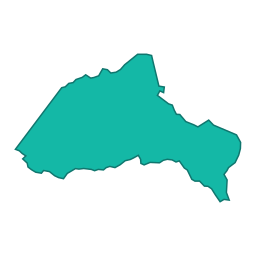 Gramado dos Loureiros, Rio Grande do Sul, Brazil (Mercator projection)
{"feature_id": "56859067B9692352624566", "entity_name": "Gramado dos Loureiros", "entity_type": "district", "adm_level": 2, "iso_a3": "BRA", "parent_name": "Brazil", "parent_adm1": "Rio Grande do Sul", "projection": "mercator", "projection_center": [-52.905, -27.444], "detail": "fine", "context": "isolated", "style": "filled", "palette": "teal", "viewbox_px": 256, "rotation_deg": 0, "n_neighbors": 0, "source": "geoboundaries", "source_scale": "gbopen_adm2", "svg_char_len": 1274}
<svg xmlns="http://www.w3.org/2000/svg" viewBox="0 0 256 256"><path d="M229.2,200.1L226.4,192.5L227.1,179.9L224.0,174.4L226.9,170.7L228.5,167.6L235.1,162.6L238.7,155.1L240.4,148.6L240.6,142.4L236.5,134.9L213.5,125.1L208.7,120.1L197.9,126.9L194.0,124.9L185.8,121.6L179.8,114.5L176.4,114.3L174.3,110.3L172.3,105.1L168.5,103.8L157.4,95.4L159.8,90.9L163.6,92.6L164.3,87.0L158.9,86.1L153.2,62.5L151.6,55.5L146.7,54.3L137.6,54.3L124.7,64.7L120.5,69.5L116.1,72.2L110.8,73.0L107.4,69.7L102.7,68.8L100.5,72.6L98.7,75.8L93.9,77.5L90.7,78.1L85.7,74.8L82.2,77.4L76.0,79.5L73.1,82.6L68.8,83.4L65.3,86.8L61.7,87.7L15.4,149.3L19.4,150.8L22.2,153.5L25.8,155.9L22.7,158.9L27.2,163.1L28.0,167.0L31.5,169.7L35.7,172.2L41.4,173.2L43.6,170.5L49.5,171.6L54.6,175.7L58.6,177.6L63.5,178.7L67.3,173.4L75.4,168.6L78.9,169.1L83.7,168.5L91.3,169.4L94.6,170.7L98.3,169.4L103.5,169.9L106.2,167.6L109.8,166.4L115.0,167.6L120.2,164.7L125.2,160.7L130.3,159.5L133.4,158.0L138.3,155.3L140.6,159.3L140.9,163.4L144.1,164.9L150.1,162.4L159.5,162.8L163.3,160.3L167.3,159.3L172.1,159.9L176.0,162.0L179.3,160.9L184.3,168.0L187.3,170.0L191.8,179.3L194.9,181.1L199.6,181.1L204.4,186.1L208.0,186.3L211.6,188.8L215.4,194.9L220.1,201.7L224.0,199.4L229.2,200.1Z" fill="#14b8a6" stroke="#0f766e" stroke-width="1.5"/></svg>